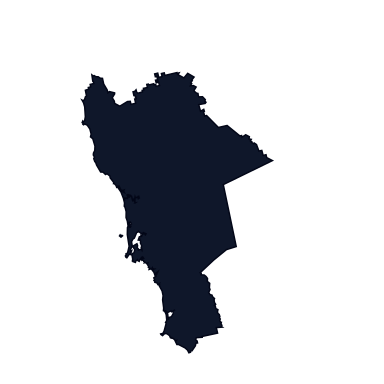 Break O'Day, Tasmania, Australia (Albers equal-area conic projection), rotated 157°
{"feature_id": "25037944B7589359748935", "entity_name": "Break O'Day", "entity_type": "district", "adm_level": 2, "iso_a3": "AUS", "parent_name": "Australia", "parent_adm1": "Tasmania", "projection": "albers", "projection_center": [148.247, -41.391], "detail": "fine", "context": "isolated", "style": "filled", "palette": "ink", "viewbox_px": 384, "rotation_deg": 157, "n_neighbors": 0, "source": "geoboundaries", "source_scale": "gbopen_adm2", "svg_char_len": 6062}
<svg xmlns="http://www.w3.org/2000/svg" viewBox="0 0 384 384"><g transform="rotate(157 192 192)"><path d="M255.5,46.3L254.1,45.8L249.0,49.1L247.5,51.3L245.9,50.9L245.5,52.8L246.4,54.8L244.9,56.2L239.4,54.3L239.2,55.1L223.6,52.1L222.6,57.7L217.0,55.8L217.4,56.4L216.6,57.5L216.7,59.7L215.9,60.6L216.6,61.1L216.6,63.2L215.6,64.0L215.9,65.5L215.0,66.5L214.8,68.7L215.5,69.9L215.5,71.5L214.1,73.6L215.6,75.3L215.1,78.1L215.6,79.0L214.1,79.4L214.5,81.5L213.8,84.2L212.9,85.1L214.0,87.6L213.9,89.3L215.5,90.5L215.9,93.0L213.5,95.2L213.4,97.1L211.4,101.0L212.8,103.7L211.5,106.4L212.1,108.8L213.2,110.8L216.0,112.2L215.3,113.5L216.0,114.5L198.6,120.9L182.8,125.5L172.6,124.5L160.3,186.6L105.7,189.5L109.8,194.5L109.3,197.4L112.2,197.9L111.5,203.0L114.4,203.6L114.1,210.5L115.6,212.8L116.4,212.3L117.8,214.4L117.3,214.7L118.3,216.3L116.9,217.3L118.8,218.6L117.6,220.5L120.2,223.7L124.6,222.9L124.3,224.6L126.0,224.9L133.7,239.5L142.5,241.1L148.7,256.7L150.7,257.0L150.0,261.6L149.1,261.5L148.9,263.5L152.6,263.0L151.7,269.8L145.3,268.4L144.5,268.9L145.1,269.1L144.9,270.1L144.3,270.1L144.3,271.5L143.7,271.9L145.1,275.6L148.4,276.8L148.6,278.1L148.0,280.4L149.2,281.2L150.5,283.8L150.5,284.7L147.2,287.0L149.1,289.4L152.0,290.4L149.9,292.0L150.6,293.0L148.3,294.4L148.7,295.0L145.2,297.0L149.6,302.9L154.8,300.2L159.1,305.5L157.4,306.7L159.4,307.0L159.2,307.8L171.4,309.9L171.0,312.5L173.9,313.0L174.4,309.9L177.8,310.5L177.1,314.8L180.2,315.3L180.7,312.4L179.2,312.2L179.9,307.6L181.1,307.8L180.9,309.0L181.9,309.2L182.3,306.5L179.8,306.1L180.3,302.7L183.7,303.3L183.4,305.1L185.1,305.4L184.9,306.6L188.9,307.2L190.2,307.9L190.1,308.4L191.6,308.7L192.2,305.6L196.2,306.4L196.5,304.7L198.2,305.0L198.5,303.5L203.4,304.1L203.9,305.7L203.6,307.9L205.4,307.0L207.1,307.3L207.8,303.5L206.7,303.3L207.0,301.4L206.5,301.3L206.8,299.7L208.4,300.0L209.2,295.7L213.9,296.5L213.4,299.6L216.1,300.5L224.9,299.2L228.6,303.8L228.0,306.0L228.6,309.9L224.9,312.5L224.5,313.5L228.8,316.7L230.6,316.2L230.2,319.3L231.1,325.9L230.0,331.6L232.0,332.6L233.3,334.7L235.4,335.7L236.6,337.4L237.5,337.3L238.4,338.9L240.2,332.2L239.5,333.1L240.0,330.2L243.7,330.8L244.2,328.3L246.6,328.7L246.8,327.1L250.4,327.3L251.6,321.6L252.9,321.3L254.7,319.2L256.5,318.5L257.3,319.5L257.0,316.5L257.5,312.3L260.8,302.9L263.1,299.4L264.6,299.2L264.8,300.0L266.0,298.8L265.4,297.9L266.0,297.0L265.5,296.2L264.2,296.6L262.3,294.4L261.4,289.9L262.2,284.7L263.9,282.4L262.5,279.8L263.4,272.1L265.3,268.2L267.5,266.3L268.4,264.6L268.1,262.3L269.4,261.1L269.6,257.8L269.1,257.4L269.3,254.0L268.3,246.1L266.1,245.0L264.8,241.9L262.3,242.0L262.9,241.7L261.3,238.7L261.8,237.0L260.3,231.4L260.9,230.4L260.3,230.2L259.4,227.8L259.5,225.6L258.4,225.4L258.1,226.0L257.7,226.2L257.7,226.4L257.6,226.5L257.4,226.2L258.1,225.7L257.3,224.9L256.8,225.4L256.6,222.0L255.4,220.5L253.6,220.4L254.6,219.3L254.5,217.9L255.4,218.8L255.1,220.1L256.4,221.4L257.0,219.1L256.6,221.3L257.7,224.8L258.5,225.3L257.4,219.7L257.6,213.5L253.7,211.6L252.8,213.2L253.0,214.5L252.0,214.7L249.7,212.8L249.3,211.9L249.8,207.5L248.8,208.1L247.5,207.2L248.0,208.1L247.5,208.7L246.4,208.9L246.4,209.7L246.2,210.0L246.2,209.0L247.0,208.7L244.9,208.7L244.3,208.0L243.6,209.0L242.9,209.0L242.6,208.8L243.7,206.9L242.1,207.3L243.8,206.9L243.1,209.0L244.2,207.8L244.9,208.6L247.4,208.5L247.8,208.0L247.3,207.5L247.6,206.9L249.0,207.9L248.1,204.9L248.8,204.4L248.2,204.2L248.7,204.1L248.9,204.3L248.8,204.6L248.3,205.0L249.3,207.5L250.0,207.4L249.4,211.5L249.9,212.7L252.5,214.5L252.8,213.5L252.0,214.0L250.7,212.3L251.5,211.6L252.3,212.3L252.4,213.3L253.8,211.2L256.7,212.6L257.4,210.2L257.0,211.8L257.6,213.1L258.4,208.3L259.9,205.4L259.6,204.0L260.3,199.6L262.7,194.2L262.9,190.5L264.0,186.2L263.3,185.8L262.0,187.5L262.6,187.9L262.5,188.8L260.4,188.3L260.3,186.2L263.6,185.4L263.2,184.3L262.0,184.1L262.5,183.6L263.4,184.1L264.0,185.7L265.3,184.5L268.2,178.1L271.1,166.6L274.6,161.8L275.9,160.7L277.0,160.8L277.1,159.9L278.3,159.2L278.3,157.7L277.7,156.9L273.9,159.3L272.2,157.7L272.2,159.6L270.6,161.4L271.6,161.2L271.0,163.1L268.1,165.6L267.1,169.8L264.9,171.7L263.1,172.1L258.6,176.5L257.5,176.2L256.7,176.9L255.1,173.8L253.1,173.1L252.6,173.6L250.6,171.5L251.7,170.7L252.5,172.5L253.0,172.5L253.1,173.0L253.4,173.1L255.5,171.1L255.8,172.2L256.4,171.1L258.0,171.3L259.8,169.3L259.2,169.2L260.1,168.3L259.2,169.0L257.9,168.9L259.6,168.4L258.7,167.9L258.5,166.9L259.4,165.2L259.3,162.1L260.5,160.6L260.4,158.4L260.9,157.7L261.2,159.2L264.0,159.5L263.7,161.0L264.3,161.9L263.0,164.0L262.9,165.9L266.7,165.4L267.8,164.4L267.2,161.3L269.1,158.7L270.5,158.7L271.9,157.4L272.8,153.4L273.7,152.0L273.3,151.9L273.6,151.1L271.6,149.3L270.7,150.4L268.6,151.1L268.7,150.0L267.7,148.8L266.5,150.1L265.1,150.8L264.9,150.5L264.9,150.2L264.1,151.5L262.2,151.8L263.5,150.9L263.0,150.1L261.6,150.2L262.3,149.8L263.8,150.0L264.4,149.9L264.6,149.7L264.1,149.3L265.0,149.9L265.0,150.6L265.9,150.2L263.3,147.7L263.6,147.0L262.9,146.2L263.5,145.5L262.6,145.5L261.3,143.1L261.0,143.2L260.6,143.9L260.4,143.9L261.0,143.1L261.4,142.9L261.0,140.4L261.6,139.7L260.7,138.6L261.7,137.5L259.1,137.1L258.1,137.8L258.2,136.9L256.5,135.8L257.6,135.6L259.5,137.1L258.4,132.9L258.7,129.0L257.1,131.5L254.4,132.1L256.6,130.0L258.2,129.7L258.0,128.6L260.7,127.9L260.7,125.9L261.6,125.4L261.1,124.4L261.5,123.4L259.8,122.1L259.6,120.2L257.8,120.4L258.3,119.9L257.9,118.4L258.9,119.6L258.2,112.6L259.1,107.9L261.2,104.2L263.4,96.3L264.6,94.0L262.7,93.0L262.1,91.2L261.0,90.6L257.8,90.9L257.7,89.8L253.6,90.2L256.1,89.6L256.6,87.6L259.7,85.2L262.0,85.5L263.7,83.6L262.0,89.4L263.0,92.3L264.3,93.5L263.6,91.8L263.7,89.1L265.4,83.7L267.3,82.2L266.9,81.7L267.7,80.4L272.0,74.9L274.1,73.2L276.3,73.6L276.3,73.0L275.2,71.3L272.4,72.4L270.4,71.3L268.8,68.6L268.8,66.4L268.3,65.7L267.4,66.0L267.0,65.9L268.0,65.7L266.4,64.3L265.3,61.5L264.7,61.4L265.1,61.2L265.7,62.2L265.5,57.5L263.9,56.8L259.3,51.2L257.9,48.2L257.7,45.2L256.0,45.1L255.5,46.3ZM274.9,180.6L275.9,179.9L275.0,178.2L273.1,178.8L273.5,179.6L274.6,179.4L274.9,180.6Z" fill="#0f172a" stroke="#020617" stroke-width="1.5"/></g></svg>